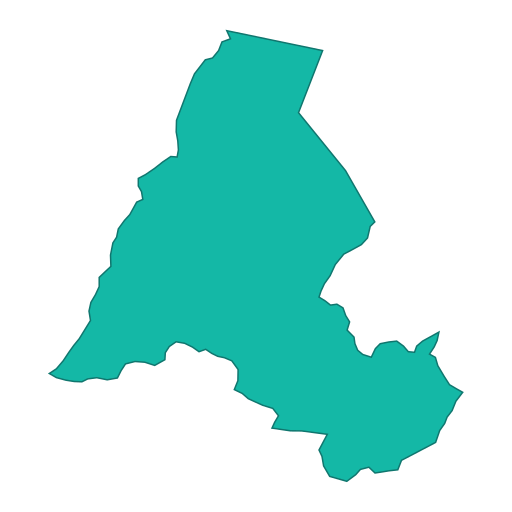 Nova Ibiá, Bahia, Brazil (Mercator projection)
{"feature_id": "56859067B97752874047652", "entity_name": "Nova Ibiá", "entity_type": "district", "adm_level": 2, "iso_a3": "BRA", "parent_name": "Brazil", "parent_adm1": "Bahia", "projection": "mercator", "projection_center": [-39.584, -13.819], "detail": "fine", "context": "isolated", "style": "filled", "palette": "teal", "viewbox_px": 512, "rotation_deg": 0, "n_neighbors": 0, "source": "geoboundaries", "source_scale": "gbopen_adm2", "svg_char_len": 1902}
<svg xmlns="http://www.w3.org/2000/svg" viewBox="0 0 512 512"><path d="M322.6,50.6L290.4,43.9L226.8,30.7L230.5,38.8L222.0,41.9L218.6,50.6L212.5,58.0L205.3,59.8L194.5,73.8L190.4,83.5L176.5,120.3L176.2,131.9L177.8,140.9L178.4,150.0L177.1,157.0L170.8,156.5L162.8,161.9L154.7,168.3L145.5,174.6L138.3,178.4L138.3,186.0L141.5,191.6L142.8,199.4L136.7,202.1L132.9,209.0L129.8,214.6L124.5,220.4L118.3,228.9L116.6,237.2L112.9,242.9L110.5,255.1L110.9,266.4L105.3,271.6L99.2,277.4L99.2,286.6L95.5,294.6L90.9,302.4L89.0,311.1L90.5,320.5L84.4,330.4L79.2,338.8L73.8,345.4L69.0,352.1L63.2,360.8L56.4,368.8L49.3,373.5L56.4,377.6L66.0,380.2L74.2,381.5L81.9,381.8L87.7,378.9L96.8,377.7L107.2,379.8L117.4,378.0L121.1,370.6L125.5,363.9L135.0,361.5L144.8,362.2L154.7,365.4L164.9,359.7L165.3,352.7L169.3,346.5L176.1,341.8L184.7,343.3L192.5,347.1L199.0,351.7L205.7,349.3L211.8,353.4L217.7,356.3L224.4,357.7L231.8,360.8L238.1,369.5L237.9,380.7L234.3,389.6L242.2,393.4L248.3,398.7L255.7,402.1L262.8,405.3L272.8,408.4L278.5,415.8L274.7,422.2L272.0,428.1L290.4,430.8L301.5,430.9L327.3,434.3L322.6,443.2L319.0,450.0L322.0,456.4L323.6,465.9L329.7,476.4L346.8,481.3L355.7,474.7L360.4,469.4L368.9,467.2L375.0,473.0L382.2,471.9L388.9,470.8L397.8,469.8L401.5,460.3L435.6,442.4L439.7,430.5L444.7,423.4L447.1,417.1L452.1,410.6L455.9,401.2L462.7,392.3L456.6,388.9L449.5,384.7L444.3,376.6L437.8,365.7L435.4,357.4L429.5,354.1L434.2,346.9L437.1,340.6L438.9,332.1L422.6,341.1L416.7,346.1L414.5,352.3L408.3,351.7L403.5,346.1L396.7,341.1L388.7,342.0L380.2,343.7L375.4,348.6L371.3,357.2L362.8,354.5L357.7,350.3L354.9,343.6L354.0,337.1L347.1,330.1L349.6,321.9L345.7,315.6L343.0,307.9L336.9,304.2L330.5,305.1L325.3,301.0L319.0,297.1L321.0,291.1L324.4,283.7L330.1,275.7L335.3,264.5L343.8,254.1L352.5,249.5L361.4,244.6L367.5,238.0L370.2,226.4L374.8,221.9L345.5,170.6L298.5,112.7L322.6,50.6Z" fill="#14b8a6" stroke="#0f766e" stroke-width="1.5"/></svg>